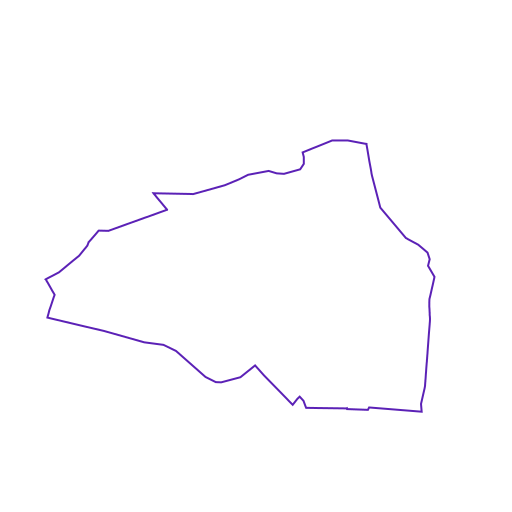 outline of Gharb Jabal Marrah, Central Darfur, Sudan, rotated 284°
{"feature_id": "16777658B15584581797424", "entity_name": "Gharb Jabal Marrah", "entity_type": "district", "adm_level": 2, "iso_a3": "SDN", "parent_name": "Sudan", "parent_adm1": "Central Darfur", "projection": "equal_earth", "projection_center": [24.023, 13.095], "detail": "fine", "context": "isolated", "style": "outline", "palette": "violet", "viewbox_px": 512, "rotation_deg": 284, "n_neighbors": 0, "source": "geoboundaries", "source_scale": "gbopen_adm2", "svg_char_len": 3350}
<svg xmlns="http://www.w3.org/2000/svg" viewBox="0 0 512 512"><g transform="rotate(284 256 256)"><path d="M292.1,141.3L291.8,141.6L291.7,141.8L290.0,144.2L289.5,144.7L289.1,145.4L288.9,145.6L288.7,145.8L288.1,146.7L287.9,146.9L287.7,147.2L287.4,147.7L286.8,148.4L286.7,148.5L286.3,149.2L285.9,149.7L283.8,152.6L283.4,153.1L283.0,153.6L282.9,153.8L282.3,154.6L282.1,154.9L282.0,155.0L281.8,155.3L281.7,155.5L281.3,155.9L281.0,156.4L280.8,156.6L280.6,156.9L280.5,157.1L280.3,157.4L280.2,157.5L279.8,158.0L279.7,158.2L279.6,158.4L279.5,158.5L279.3,158.5L279.2,158.2L279.0,157.9L278.8,157.7L278.7,157.5L278.6,157.4L278.4,157.1L277.8,156.2L276.8,154.7L274.6,151.4L273.5,149.8L267.6,141.0L266.6,139.4L255.9,123.4L244.7,106.7L242.6,97.3L242.4,97.1L239.7,95.8L238.3,95.1L236.3,94.1L236.0,93.9L234.3,93.1L233.7,92.7L233.4,92.6L233.2,92.5L233.0,92.4L232.8,92.3L232.7,92.3L232.0,91.9L231.4,91.6L230.3,91.0L229.9,90.8L229.7,90.7L229.3,90.5L229.1,90.4L228.9,90.2L228.5,90.2L227.3,90.1L226.6,90.0L226.0,89.9L225.7,89.9L225.4,89.9L225.1,89.8L225.0,89.7L224.3,89.4L223.2,88.9L222.5,88.6L222.0,88.3L214.5,84.8L214.3,84.7L213.6,84.4L213.4,84.3L213.1,84.0L212.6,83.7L211.6,82.9L208.5,80.6L208.4,80.5L206.8,79.3L203.0,76.5L201.5,75.4L195.9,71.3L192.4,68.7L191.8,68.0L187.5,63.2L185.5,60.9L184.0,59.2L183.9,59.1L183.6,58.8L183.3,58.5L183.2,58.3L183.0,58.1L182.7,57.8L182.5,57.6L182.4,57.8L180.6,59.4L180.0,60.1L176.1,63.8L173.0,66.7L172.0,67.7L171.4,68.3L170.5,69.2L169.9,69.7L169.7,69.9L169.6,70.0L167.8,69.8L166.9,69.7L161.5,69.3L157.5,69.0L153.4,68.6L152.0,68.6L149.6,68.6L147.3,68.5L145.8,68.5L145.8,71.7L145.8,72.3L146.2,107.2L146.5,126.4L145.2,168.4L147.4,187.7L144.5,201.4L126.4,236.3L123.9,247.5L125.0,252.8L134.6,270.2L149.6,281.6L142.1,292.6L124.9,320.5L123.1,323.3L120.5,327.6L127.4,330.7L130.1,332.4L127.0,337.1L122.0,340.5L120.8,341.4L122.5,348.7L123.3,352.2L130.0,380.6L130.3,381.0L129.5,381.4L133.8,401.8L136.4,402.4L145.0,454.4L152.4,451.9L162.6,451.7L168.2,451.6L170.1,451.5L171.0,451.4L171.7,451.3L172.5,451.1L173.3,451.0L173.8,450.9L174.3,450.8L175.0,450.7L175.3,450.7L176.0,450.5L176.7,450.4L177.5,450.3L183.0,449.3L184.3,449.1L184.9,449.0L188.8,448.3L193.6,447.5L195.1,447.3L196.5,447.0L198.1,446.8L198.3,446.7L199.7,446.5L200.7,446.3L202.7,446.0L204.8,445.6L223.4,442.4L232.0,441.0L233.0,440.8L233.8,440.7L235.4,440.4L236.8,440.1L237.2,440.0L238.5,439.6L238.9,439.5L240.8,438.8L243.2,438.2L243.5,438.0L244.4,437.8L244.7,437.7L245.0,437.6L246.4,437.2L248.8,436.4L252.1,435.6L252.8,435.4L253.8,435.2L255.7,434.8L256.3,434.7L256.7,434.7L258.0,434.7L259.2,434.7L259.3,434.7L260.1,434.7L268.5,434.5L269.8,434.5L277.2,434.3L277.5,434.3L277.8,434.3L278.1,434.3L278.3,434.2L278.6,434.2L279.0,434.2L279.3,433.9L288.1,425.3L294.9,425.3L300.8,421.6L301.0,421.2L301.2,420.8L302.3,418.6L303.4,416.4L305.7,411.7L306.0,411.1L306.2,410.7L306.4,409.9L306.6,409.1L307.0,407.7L307.2,406.7L309.2,398.9L309.4,398.5L309.7,397.1L333.0,364.9L340.2,361.0L362.2,349.0L364.5,347.9L364.8,347.8L365.1,347.7L368.1,346.4L375.5,343.0L386.1,338.4L390.8,336.3L391.5,336.1L391.3,334.2L390.3,317.0L386.5,301.9L385.3,300.3L376.8,288.6L373.8,284.4L367.8,276.2L363.7,278.4L357.0,280.1L350.8,277.9L342.5,263.3L341.2,256.1L341.6,247.7L332.9,228.7L326.2,220.9L317.1,208.6L300.9,180.1L300.1,176.4L292.7,144.1L292.2,141.9L292.1,141.3Z" fill="none" stroke="#5b21b6" stroke-width="2"/></g></svg>